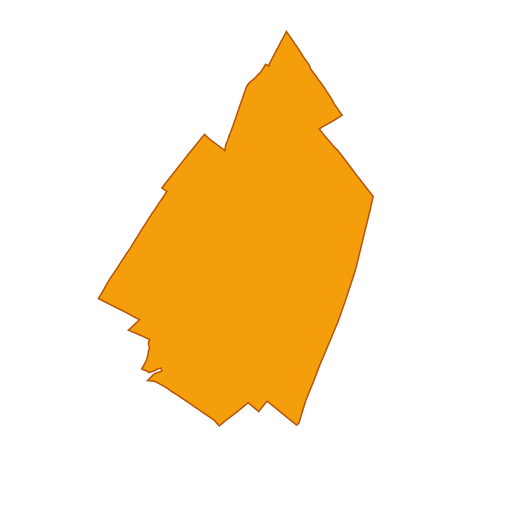 Scanteiesti, Galati, Romania, rotated 232°
{"feature_id": "2599482B67420724035432", "entity_name": "Scanteiesti", "entity_type": "district", "adm_level": 2, "iso_a3": "ROU", "parent_name": "Romania", "parent_adm1": "Galati", "projection": "albers", "projection_center": [27.986, 45.7], "detail": "fine", "context": "isolated", "style": "filled", "palette": "amber", "viewbox_px": 512, "rotation_deg": 232, "n_neighbors": 0, "source": "geoboundaries", "source_scale": "gbopen_adm2", "svg_char_len": 3211}
<svg xmlns="http://www.w3.org/2000/svg" viewBox="0 0 512 512"><g transform="rotate(232 256 256)"><path d="M326.2,122.1L325.5,120.5L323.3,115.4L322.4,113.3L322.0,112.2L320.5,108.3L319.7,106.1L319.5,105.6L317.3,106.6L314.5,107.9L288.4,120.2L285.8,121.2L282.5,122.6L277.5,125.0L277.0,119.4L276.1,109.8L263.6,116.7L256.4,120.4L255.8,120.8L255.4,120.1L254.3,118.5L253.8,117.8L252.6,116.9L251.1,116.4L249.4,115.6L248.5,114.5L248.4,114.3L246.7,111.9L245.5,110.9L244.2,109.5L242.9,107.6L241.6,106.0L239.6,101.8L238.5,99.1L237.6,97.0L237.4,96.4L234.8,97.7L233.8,98.6L233.0,99.0L231.8,99.2L230.0,100.0L229.6,101.1L228.1,105.1L227.9,105.7L227.8,106.2L227.5,108.9L226.3,112.1L224.5,111.4L224.2,111.3L223.3,111.0L223.7,109.7L225.5,104.2L225.7,101.9L225.4,100.1L225.2,98.5L224.7,93.8L224.1,94.4L223.8,94.7L221.2,97.4L220.9,97.7L220.3,98.4L218.7,99.4L214.6,101.3L212.7,102.1L208.6,103.8L206.1,104.7L203.6,105.4L201.8,105.9L198.9,106.9L196.4,107.8L185.7,111.4L172.0,115.7L162.7,118.6L155.6,120.9L154.0,121.4L153.6,121.5L153.0,121.7L152.0,122.0L150.1,122.1L147.5,122.2L144.8,122.4L144.9,127.6L145.0,131.8L144.8,144.0L145.0,152.5L145.1,157.0L145.3,159.4L138.4,160.9L131.6,162.4L132.3,164.5L132.5,165.9L132.9,167.2L134.8,175.4L98.7,183.6L97.8,183.9L97.8,185.2L97.8,186.2L97.8,186.8L103.0,194.1L109.0,202.7L111.2,205.9L112.1,207.2L115.5,213.3L123.1,226.5L130.9,239.3L134.6,246.0L145.1,264.8L145.5,265.5L152.4,277.7L153.3,279.4L153.8,280.2L158.1,287.0L166.1,299.5L167.6,301.7L182.0,323.2L183.5,325.3L183.8,325.6L185.3,327.7L203.1,350.3L220.2,372.0L221.2,373.3L229.0,382.8L230.9,385.1L231.4,385.0L259.2,385.0L264.5,385.2L265.4,385.2L284.9,385.5L288.5,385.4L289.2,385.4L290.7,385.2L292.1,384.9L301.7,384.4L301.9,384.4L305.4,384.2L309.9,384.1L313.4,384.1L317.2,384.0L316.7,389.1L316.0,393.3L315.0,399.5L313.9,410.5L327.0,411.2L332.8,412.2L345.0,413.3L352.7,413.8L354.0,413.7L354.6,413.7L356.7,413.7L359.2,413.9L361.9,414.1L364.3,414.1L365.0,414.1L369.7,414.2L374.0,415.5L375.0,415.6L375.5,415.6L382.0,415.8L384.9,416.1L389.1,416.5L396.0,417.2L397.5,417.2L406.2,417.7L409.5,417.9L414.2,418.2L410.0,408.7L406.9,402.0L405.8,399.3L404.4,396.3L404.1,395.5L401.6,390.1L399.3,384.9L397.7,383.3L401.2,381.6L398.6,374.9L397.8,371.4L397.8,370.3L397.2,366.7L396.8,363.8L396.6,356.9L395.7,353.8L394.3,351.2L386.7,339.4L384.2,335.5L379.2,327.8L378.0,326.0L377.6,325.5L377.2,324.9L371.9,316.6L369.8,313.3L368.1,310.3L367.1,308.4L365.6,306.6L364.1,304.1L362.2,300.5L358.3,296.4L367.0,294.0L374.5,292.0L376.0,291.5L379.0,291.0L383.6,290.3L383.3,289.3L383.1,288.0L382.6,285.6L381.9,283.0L381.3,280.4L380.6,277.3L380.5,277.0L380.4,276.8L380.3,276.3L379.0,270.3L378.1,266.3L377.9,265.2L377.7,264.5L377.5,263.6L377.2,262.9L373.7,248.2L372.6,244.2L370.2,234.2L369.4,231.0L367.6,223.7L361.9,225.6L360.9,222.8L360.1,220.8L359.3,218.1L357.5,212.4L355.7,207.2L355.5,206.6L355.4,206.4L353.8,201.1L353.8,200.9L352.4,197.0L351.0,193.1L347.9,184.2L346.3,179.7L345.9,178.7L344.5,175.2L343.7,172.6L342.1,168.4L340.5,164.3L340.2,163.6L336.8,153.1L335.7,149.9L334.3,145.8L333.2,142.8L332.2,140.1L331.5,137.8L330.8,135.5L329.0,130.1L328.4,128.2L326.6,123.2L326.4,122.8L326.3,122.3L326.2,122.2L326.2,122.1Z" fill="#f59e0b" stroke="#b45309" stroke-width="1.5"/></g></svg>